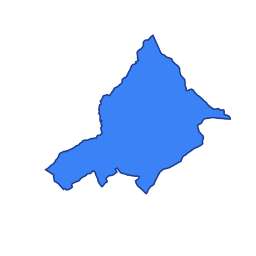 the district of Baringo Central, Rift Valley, Kenya, rotated 58°
{"feature_id": "3690345B17833085529385", "entity_name": "Baringo Central", "entity_type": "district", "adm_level": 2, "iso_a3": "KEN", "parent_name": "Kenya", "parent_adm1": "Rift Valley", "projection": "albers", "projection_center": [35.755, 0.409], "detail": "fine", "context": "isolated", "style": "filled", "palette": "blue", "viewbox_px": 256, "rotation_deg": 58, "n_neighbors": 0, "source": "geoboundaries", "source_scale": "gbopen_adm2", "svg_char_len": 5132}
<svg xmlns="http://www.w3.org/2000/svg" viewBox="0 0 256 256"><g transform="rotate(58 128 128)"><path d="M146.7,196.9L146.0,195.6L145.8,194.0L145.6,192.5L145.9,190.9L146.0,188.7L145.5,187.4L145.4,186.2L146.2,185.1L146.7,183.8L146.3,182.4L145.8,180.2L147.6,179.6L148.2,179.4L148.7,179.3L149.4,179.8L149.9,179.9L150.9,180.1L151.7,180.2L152.9,180.4L153.4,180.5L155.2,180.6L156.3,181.3L156.9,181.5L158.8,181.7L161.1,181.6L162.7,181.6L164.0,181.1L163.8,179.9L163.3,178.5L162.5,176.4L162.7,174.3L161.5,173.7L160.3,173.8L159.3,173.6L158.8,172.2L158.6,171.1L158.4,169.8L158.6,168.8L159.1,167.9L159.7,166.8L159.9,164.4L159.4,160.7L157.7,160.7L156.0,160.5L156.1,159.5L156.3,158.9L156.4,158.4L158.2,158.4L159.8,158.2L160.9,158.1L162.4,157.7L164.0,156.3L165.0,155.3L166.0,154.3L167.9,153.2L168.4,152.0L169.6,151.0L170.8,149.6L171.6,148.8L172.3,147.8L173.3,146.6L173.9,145.2L175.1,144.5L176.3,145.4L176.6,146.7L176.7,147.9L176.8,149.6L179.4,150.4L182.5,150.4L183.5,150.1L184.8,149.6L186.4,149.1L188.6,148.5L190.8,148.0L192.5,147.7L193.3,147.2L193.0,146.2L192.8,145.8L192.4,145.2L191.8,144.5L191.3,144.0L190.7,142.9L190.3,141.5L189.7,139.9L189.6,138.1L189.7,136.5L189.1,135.3L188.2,134.2L187.4,132.9L186.5,131.5L185.7,130.2L184.9,129.0L184.0,127.4L183.1,125.7L182.2,124.1L182.1,122.8L182.0,121.9L181.9,121.5L181.8,120.8L181.7,120.4L181.8,119.2L182.5,117.8L182.8,116.4L183.0,115.9L183.1,115.3L183.5,114.1L183.6,113.7L183.6,112.6L183.6,111.9L183.7,110.8L183.8,109.2L183.8,108.6L183.8,108.0L183.9,106.5L184.0,104.9L184.0,103.2L184.2,101.5L184.2,100.6L183.1,99.4L182.3,98.0L181.5,96.8L181.2,94.8L181.4,92.9L181.0,91.9L180.8,90.3L180.8,88.6L180.8,87.2L180.6,85.3L180.4,83.5L180.5,82.0L180.8,80.5L181.1,78.5L181.2,76.9L181.2,75.0L181.1,73.8L180.7,72.8L179.5,72.4L178.7,71.9L177.9,71.2L177.1,70.0L175.7,68.9L174.2,68.6L173.7,68.7L173.0,68.9L172.3,69.2L170.7,69.3L169.0,69.8L166.9,69.0L164.9,68.6L163.3,68.0L162.3,66.4L162.7,65.1L162.8,64.6L162.9,64.0L162.5,62.6L161.8,61.4L161.2,60.3L160.6,59.2L160.9,57.7L161.7,55.9L162.3,54.6L162.9,53.2L163.7,51.3L164.6,49.6L165.6,48.7L166.9,47.1L168.3,45.3L169.4,43.7L170.3,42.4L171.3,41.4L172.2,40.1L173.1,38.7L173.5,38.3L174.0,37.6L174.6,36.5L173.9,36.3L173.4,36.0L171.9,36.1L171.1,36.4L170.6,36.6L169.5,37.4L168.7,38.3L167.8,39.0L166.7,38.9L165.4,37.9L164.3,37.5L163.6,37.2L162.9,37.8L162.3,39.2L161.9,40.3L159.5,40.9L158.7,43.0L157.8,44.9L156.2,45.9L154.6,46.6L151.6,47.7L149.6,48.2L148.2,48.0L146.2,48.8L144.8,49.2L143.6,49.4L141.8,49.9L140.9,50.1L139.8,50.5L138.9,50.8L138.3,51.1L137.0,51.7L135.8,52.0L135.4,52.1L134.5,52.3L133.7,52.4L132.5,52.6L130.2,52.6L128.7,53.6L128.2,55.2L128.1,56.2L128.0,57.1L127.8,57.5L127.7,58.0L126.4,58.6L125.2,57.6L123.7,57.3L122.2,57.1L120.8,56.4L119.7,55.4L118.0,54.8L116.9,54.2L115.9,54.5L114.2,54.8L112.6,55.1L111.3,55.3L109.7,54.9L108.2,54.5L106.3,53.5L104.8,52.8L103.2,52.6L101.4,52.9L100.3,53.3L98.4,54.1L97.1,54.4L96.5,54.5L95.8,54.7L95.2,54.8L94.2,54.7L92.6,54.3L91.0,55.3L89.8,56.4L88.9,57.3L87.5,58.0L85.6,58.5L84.5,59.3L83.5,60.1L81.3,60.3L62.7,57.7L62.7,59.5L63.0,60.9L63.6,62.6L64.1,64.1L63.5,65.1L62.8,66.5L62.9,68.4L63.7,69.8L65.1,70.6L66.3,71.4L67.0,72.5L67.4,73.9L68.1,75.3L67.5,76.4L68.0,77.8L68.0,79.0L68.6,80.1L69.8,80.8L71.1,81.4L72.4,81.9L73.6,82.8L75.0,83.3L76.1,83.2L76.2,84.9L76.0,86.5L77.2,86.7L77.3,87.7L77.3,88.8L76.8,90.2L77.1,92.0L78.1,93.4L79.0,94.6L80.0,95.8L80.9,97.9L82.2,99.6L82.8,101.1L83.6,101.9L83.9,103.0L83.3,104.4L83.9,105.6L83.8,106.0L83.6,106.9L84.4,107.7L84.8,108.0L86.0,108.5L86.7,109.8L86.8,110.2L86.8,111.1L86.9,112.3L87.0,112.8L87.5,114.4L87.2,116.3L87.0,117.6L87.2,118.8L87.8,120.1L88.8,121.3L89.0,122.6L89.8,123.9L90.4,125.6L90.6,126.6L89.5,127.4L88.5,128.4L88.6,129.1L88.3,130.1L88.1,130.5L87.9,131.0L87.7,132.2L88.8,133.4L89.0,133.8L89.5,134.5L89.8,135.2L90.0,135.7L90.3,136.7L90.5,137.3L91.1,137.4L92.1,137.5L93.3,138.0L93.3,139.6L94.4,140.9L95.9,141.8L96.7,143.0L97.3,142.9L99.2,143.8L100.0,145.1L101.3,144.8L102.6,145.2L103.1,145.4L103.6,145.6L104.7,146.4L106.0,147.3L107.7,148.0L107.5,146.6L108.1,146.5L109.0,147.7L110.0,148.5L111.1,149.0L111.6,148.7L112.1,148.5L112.8,149.7L113.5,151.1L115.5,151.9L117.3,152.3L117.8,152.4L118.6,152.7L118.8,154.2L119.5,155.2L118.7,156.5L118.1,157.8L118.4,158.3L118.7,158.8L119.5,159.8L119.8,160.7L118.8,161.6L118.3,163.4L117.4,164.9L117.2,166.3L117.0,167.6L116.9,168.9L115.8,170.3L115.1,171.9L115.0,173.4L115.5,174.4L115.6,175.4L115.6,177.1L116.3,178.6L116.0,180.2L115.6,182.1L116.0,183.3L116.0,185.0L115.9,186.5L115.5,188.0L115.5,189.4L115.6,190.4L114.7,192.1L115.2,193.3L113.9,194.4L113.8,196.3L113.5,198.4L113.5,199.8L113.9,200.1L114.2,200.6L114.8,201.5L115.6,202.4L116.1,203.4L116.6,204.4L116.7,205.6L117.4,207.0L118.1,208.2L118.7,209.8L118.9,211.2L118.9,212.5L119.0,213.9L119.4,215.5L119.7,217.0L119.7,218.2L119.7,220.0L128.3,215.9L129.4,216.7L134.2,218.6L134.5,218.4L135.8,217.7L138.0,216.6L139.8,216.3L142.3,215.9L143.8,215.6L145.9,215.2L145.6,214.1L146.4,213.4L147.9,213.1L148.2,212.1L148.8,210.8L148.8,209.4L148.8,208.1L148.5,206.3L146.9,206.2L145.8,205.2L145.8,203.0L146.0,201.1L146.5,199.3L146.7,197.7L146.7,196.9Z" fill="#3b82f6" stroke="#1e3a8a" stroke-width="1.5"/></g></svg>